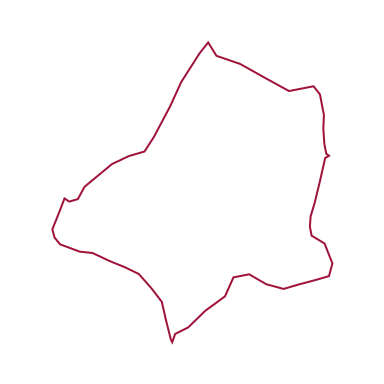 the Statistical Region of Ilinden, rotated 349°
{"feature_id": "MKD-2933", "entity_name": "Ilinden", "entity_type": "Statistical Region", "adm_level": 1, "iso_a3": "MKD", "parent_name": "North Macedonia", "parent_adm1": "", "projection": "equal_earth", "projection_center": [21.617, 41.98], "detail": "fine", "context": "isolated", "style": "outline", "palette": "rose", "viewbox_px": 384, "rotation_deg": 349, "n_neighbors": 0, "source": "natural_earth", "source_scale": "10m", "svg_char_len": 856}
<svg xmlns="http://www.w3.org/2000/svg" viewBox="0 0 384 384"><g transform="rotate(349 192 192)"><path d="M143.9,335.7L143.1,332.9L142.0,312.8L141.4,294.1L133.7,278.6L124.2,262.4L111.8,253.1L97.6,243.8L82.7,232.9L70.3,229.1L52.5,218.2L48.4,210.5L47.8,202.0L57.8,186.5L65.6,174.0L69.7,178.0L78.6,177.2L87.5,166.4L98.8,160.2L118.8,149.3L136.7,144.7L153.1,143.2L165.0,130.8L186.9,103.7L202.4,82.0L226.0,57.2L236.4,48.3L242.0,63.0L263.7,75.5L285.4,93.9L306.5,111.4L319.9,111.4L331.5,111.4L336.2,120.6L336.2,141.5L333.0,154.9L331.1,169.9L331.1,180.0L333.4,182.6L329.2,184.1L319.6,205.9L310.0,226.8L303.8,238.5L301.1,248.6L301.1,257.7L312.3,267.9L316.2,288.9L310.4,300.7L297.4,301.9L278.3,303.2L263.4,304.6L247.3,296.7L232.4,283.7L216.4,283.7L204.5,300.7L182.4,311.1L162.4,324.2L148.4,328.1L143.9,335.7Z" fill="none" stroke="#9f1239" stroke-width="2"/></g></svg>